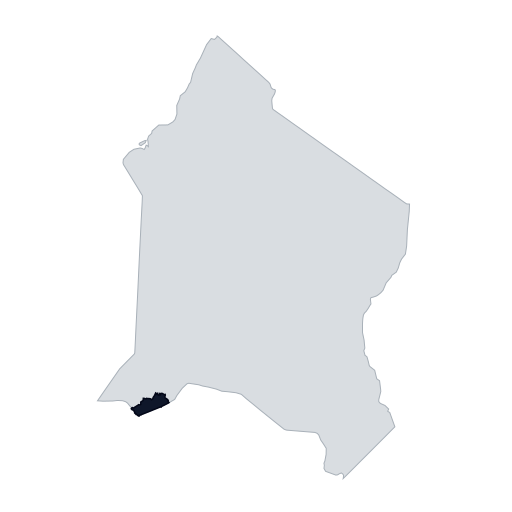 Banissa, North-Eastern, Kenya (highlighted), rotated 183°
{"feature_id": "3690345B63925745903052", "entity_name": "Banissa", "entity_type": "district", "adm_level": 2, "iso_a3": "KEN", "parent_name": "Kenya", "parent_adm1": "North-Eastern", "projection": "robinson", "projection_center": [40.459, 3.998], "detail": "fine", "context": "in_parent", "style": "filled", "palette": "ink", "viewbox_px": 512, "rotation_deg": 183, "n_neighbors": 0, "source": "geoboundaries", "source_scale": "gbopen_adm2", "svg_char_len": 6671}
<svg xmlns="http://www.w3.org/2000/svg" viewBox="0 0 512 512"><g transform="rotate(183 256 256)"><path d="M105.4,315.9L105.3,308.6L106.2,290.1L106.1,273.8L106.9,265.7L110.5,260.5L112.1,256.7L113.3,251.5L115.1,247.2L119.4,243.8L120.1,241.8L124.6,236.0L127.3,228.5L129.3,226.0L131.8,223.7L133.6,222.4L136.5,221.2L138.8,220.5L139.3,219.9L139.5,218.7L138.7,214.1L139.7,212.5L141.3,209.4L143.0,206.6L144.7,204.7L145.6,202.8L146.0,199.6L146.1,197.3L146.1,193.5L145.6,184.9L143.7,177.8L142.5,169.7L143.4,167.1L141.9,162.4L141.2,162.1L139.9,161.1L138.4,156.7L137.2,152.6L136.5,151.6L131.5,148.1L129.0,139.7L126.1,137.9L124.6,129.6L124.3,127.2L125.9,118.9L125.8,117.0L124.1,115.3L119.4,113.5L115.5,110.1L116.0,108.9L116.3,107.7L114.3,106.8L108.4,92.7L116.0,84.2L123.7,75.6L133.5,64.7L142.5,54.7L150.3,46.0L157.3,38.3L157.1,39.8L157.1,41.7L158.0,42.9L159.4,43.8L161.4,42.9L163.1,41.7L164.8,41.4L175.2,44.6L177.0,47.4L176.8,50.5L177.3,52.6L176.5,54.8L175.6,61.5L175.8,67.6L179.0,72.1L181.7,75.6L184.0,80.6L185.6,82.1L187.9,82.9L195.0,83.1L205.6,83.4L215.8,83.7L216.8,83.8L218.9,84.5L228.3,91.2L236.9,97.4L244.2,102.7L251.2,107.9L258.1,112.9L263.4,117.1L268.7,118.4L277.2,119.0L283.1,119.2L288.6,121.0L296.7,122.6L302.7,123.4L306.4,124.4L316.5,125.4L318.2,124.8L322.7,120.1L327.7,112.6L329.7,108.5L336.2,104.3L347.5,98.6L355.6,94.5L364.5,90.4L368.5,94.0L374.1,99.6L376.6,102.4L378.6,103.7L381.7,104.5L385.4,104.5L387.4,104.4L391.5,103.7L401.2,103.0L406.7,103.1L402.1,110.6L396.5,119.6L386.2,136.2L378.4,145.0L372.5,151.6L372.0,152.8L372.0,160.1L372.1,178.2L372.2,214.2L372.4,250.2L372.5,286.2L372.5,304.2L372.6,310.3L377.7,317.9L382.8,325.3L389.5,335.1L393.1,340.3L393.7,342.1L393.5,345.6L388.0,352.9L383.5,356.2L377.4,357.8L375.6,357.5L373.2,356.5L372.3,358.2L371.5,361.0L370.2,360.4L369.2,359.6L369.8,364.5L370.4,366.9L369.5,370.1L366.6,373.0L366.3,375.4L359.9,381.7L350.9,382.3L346.1,385.5L344.0,388.0L342.4,393.6L343.0,402.2L340.5,408.8L340.0,412.1L335.3,416.3L333.2,420.3L331.7,424.3L330.4,426.0L328.8,434.9L326.6,440.4L326.0,442.2L325.5,443.8L323.8,447.0L322.7,449.2L321.9,450.6L316.4,464.5L312.1,470.8L308.8,470.1L306.5,472.5L306.3,473.7L305.1,473.0L302.3,470.7L296.5,466.0L290.7,461.3L284.9,456.6L279.1,451.8L273.3,447.1L267.5,442.4L261.7,437.7L255.9,432.9L252.5,430.2L251.0,428.5L249.8,425.3L249.3,424.5L247.7,423.4L245.9,423.2L245.4,422.6L245.4,421.0L246.0,418.8L248.2,414.4L248.4,411.9L248.0,409.0L247.3,404.3L246.7,403.3L242.9,400.9L234.8,395.8L226.8,390.7L218.7,385.6L210.7,380.5L202.6,375.4L194.6,370.3L186.5,365.2L178.5,360.2L170.4,355.1L162.4,350.0L154.3,344.9L146.3,339.8L138.2,334.7L130.2,329.6L122.1,324.6L114.1,319.5L111.0,317.5L108.3,315.9L105.4,315.9ZM373.1,365.4L371.7,365.7L372.5,363.3L376.6,360.2L378.3,360.9L378.6,361.6L378.5,362.2L377.8,362.9L373.1,365.4Z" fill="#d9dde1" stroke="#a8b0b8" stroke-width="1"/><path d="M372.6,97.1L372.6,96.9L372.4,96.7L372.1,96.5L372.0,96.4L371.9,96.3L371.9,96.2L371.7,96.0L371.5,95.9L371.3,95.9L371.2,95.8L370.9,95.8L370.7,95.7L370.4,95.7L370.0,95.5L369.8,95.4L369.7,95.3L369.7,95.1L369.7,94.9L369.6,94.7L369.6,94.4L369.3,94.1L369.1,94.0L369.1,93.9L369.0,93.7L369.0,93.3L369.0,93.2L369.0,92.9L368.8,92.7L368.7,92.6L368.4,92.4L367.9,92.4L367.8,92.2L367.7,92.0L367.7,91.9L367.7,91.7L367.4,91.4L367.1,91.4L367.1,91.5L367.0,91.4L366.9,91.3L366.6,91.3L366.5,91.2L366.3,91.1L366.1,91.0L366.0,90.9L365.9,90.7L365.6,90.7L365.4,90.7L365.3,90.4L365.2,90.3L365.1,90.1L364.9,90.1L364.7,90.1L364.4,90.0L364.2,90.1L364.0,90.4L363.9,90.6L363.7,90.9L363.4,91.0L363.1,91.2L363.1,91.4L362.9,91.4L362.6,91.4L362.4,91.4L362.2,91.4L362.1,91.5L361.9,91.8L361.6,91.9L360.3,92.5L357.5,93.8L354.6,95.1L351.6,96.5L350.8,96.9L350.5,97.2L350.1,97.2L349.3,97.6L348.6,97.9L345.4,99.4L343.4,100.3L343.0,100.1L342.8,100.1L342.7,100.4L342.6,100.6L342.4,100.8L342.2,100.9L342.0,101.0L341.8,101.2L341.5,101.4L341.4,101.5L341.2,101.5L340.1,102.1L335.5,104.8L335.3,105.0L335.5,105.1L335.7,105.4L335.7,105.5L335.8,105.8L336.0,106.0L336.3,106.3L336.3,106.5L336.2,106.8L336.1,107.2L336.2,107.3L336.3,107.4L336.3,107.5L336.5,107.7L336.8,107.9L336.9,108.1L337.0,108.2L337.1,108.3L337.3,108.4L337.5,108.4L337.5,108.5L337.8,108.7L338.1,108.8L338.3,109.0L338.5,109.1L338.8,109.1L339.1,109.2L339.3,109.4L339.3,109.5L339.4,109.9L339.5,110.0L339.6,110.3L339.7,110.6L339.7,110.8L339.6,111.0L339.5,111.4L339.4,111.5L339.4,111.8L339.4,112.1L339.3,112.3L339.3,112.5L339.4,112.8L339.5,112.9L339.6,113.1L339.8,113.0L339.9,112.9L340.0,112.8L340.3,112.7L340.5,112.7L340.7,112.8L340.9,112.8L341.1,113.0L341.4,113.3L341.5,113.4L341.6,113.5L341.8,113.7L342.1,113.8L342.3,113.8L342.7,114.1L342.8,114.2L342.8,114.4L342.9,114.2L343.0,114.1L343.2,113.9L343.4,113.7L343.7,113.5L344.0,113.4L344.1,113.2L344.2,112.8L344.2,112.6L344.2,112.4L344.3,112.3L344.5,112.2L344.8,112.2L344.9,112.4L344.8,112.6L344.5,113.0L344.4,113.1L344.4,113.3L344.5,113.6L344.7,113.8L344.8,113.8L344.8,113.7L345.0,113.4L345.1,113.0L345.2,112.9L345.3,112.7L345.4,112.4L345.5,112.4L345.8,112.2L346.1,112.0L346.1,111.9L346.3,112.0L346.5,112.1L346.8,112.4L346.9,112.9L346.9,113.0L346.9,113.3L347.0,113.4L347.0,113.5L347.0,113.8L347.3,113.8L347.4,113.7L347.5,113.5L347.5,113.4L347.8,112.9L347.8,112.7L348.0,112.6L348.3,112.6L348.5,112.8L348.6,113.1L348.7,113.5L348.8,113.8L349.0,113.9L349.0,113.7L349.1,113.4L349.3,113.3L349.3,113.2L349.5,112.7L349.6,112.3L349.6,112.2L349.8,112.0L349.9,111.7L350.0,111.7L350.1,111.4L350.2,111.2L350.3,111.0L350.3,110.7L350.5,110.4L350.8,110.2L350.9,109.9L351.0,109.8L351.1,109.7L351.1,109.4L351.2,109.2L351.3,109.0L351.5,108.8L351.5,108.7L351.6,108.1L351.6,107.9L351.8,107.7L352.0,107.5L352.1,107.4L352.3,107.3L352.5,107.3L352.7,107.2L352.7,107.3L352.8,107.3L353.0,107.3L353.2,107.5L353.4,107.6L353.5,107.7L353.6,107.8L353.8,107.8L354.0,107.9L354.3,107.8L354.5,107.9L354.7,108.0L354.8,108.0L355.7,108.0L355.8,108.0L356.0,108.0L356.4,108.0L357.4,108.0L357.6,108.1L357.8,108.1L358.0,108.1L358.4,107.6L358.5,107.5L359.1,107.6L359.3,107.6L359.5,107.7L360.1,108.0L360.5,108.0L361.1,108.0L361.1,107.9L361.0,107.7L361.1,107.2L361.1,106.6L361.3,106.0L361.4,105.7L361.6,105.4L361.8,105.2L362.1,105.1L362.4,104.9L362.6,104.8L362.9,104.7L363.0,104.6L363.2,104.4L363.3,104.3L363.4,104.1L363.4,103.9L363.4,103.3L363.3,102.1L363.3,101.9L363.4,101.7L363.5,101.7L363.8,101.5L363.9,101.4L364.4,101.3L365.0,101.2L365.2,101.3L365.5,101.4L366.0,101.0L366.2,100.7L366.5,100.4L366.9,100.2L367.4,100.0L367.5,99.9L367.6,99.7L367.8,99.6L368.1,99.4L368.2,99.2L368.5,99.1L368.7,98.9L368.8,98.8L369.1,98.8L369.2,98.7L369.3,98.5L369.5,98.3L369.7,98.2L369.9,97.9L370.0,97.8L370.4,97.8L371.0,98.1L371.5,98.2L371.8,98.1L372.1,97.8L372.3,97.5L372.6,97.1Z" fill="#0f172a" stroke="#020617" stroke-width="1.5"/></g></svg>